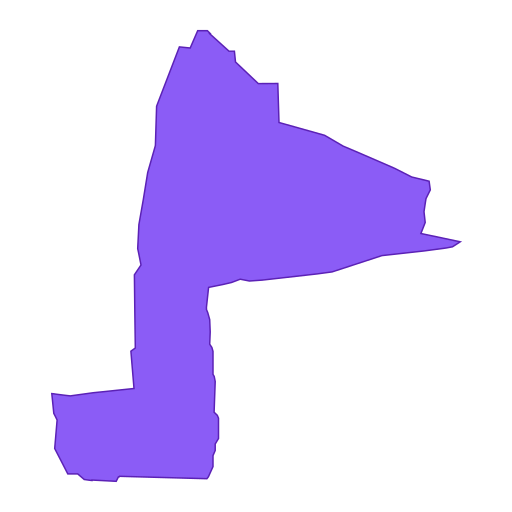 outline of Turkmengala, Mary, Turkmenistan
{"feature_id": "10190150B49648436133803", "entity_name": "Turkmengala", "entity_type": "district", "adm_level": 2, "iso_a3": "TKM", "parent_name": "Turkmenistan", "parent_adm1": "Mary", "projection": "albers", "projection_center": [62.147, 36.684], "detail": "fine", "context": "isolated", "style": "filled", "palette": "violet", "viewbox_px": 512, "rotation_deg": 0, "n_neighbors": 0, "source": "geoboundaries", "source_scale": "gbopen_adm2", "svg_char_len": 1471}
<svg xmlns="http://www.w3.org/2000/svg" viewBox="0 0 512 512"><path d="M208.9,32.2L207.8,31.1L207.4,30.7L199.5,30.7L199.2,30.7L197.7,30.7L193.1,41.3L190.2,48.0L180.4,47.0L179.4,46.9L175.9,56.0L157.1,104.9L156.6,106.3L155.4,145.3L155.1,146.6L147.7,172.5L143.3,199.6L138.9,224.6L137.7,248.6L138.6,252.9L141.0,265.0L134.4,274.8L134.8,310.3L135.3,347.2L135.3,348.0L131.7,350.6L130.9,351.2L134.0,388.5L127.3,389.2L104.4,391.6L93.5,392.7L72.3,395.6L70.4,395.9L65.1,395.3L55.6,394.1L53.8,393.8L51.8,393.6L53.8,413.4L55.5,416.7L57.1,420.0L57.0,421.3L54.7,448.5L62.2,463.0L67.8,473.9L77.7,473.9L83.9,479.2L84.2,479.5L84.4,479.5L88.6,480.1L91.9,480.5L91.9,480.1L93.0,480.1L116.2,481.3L118.4,476.9L119.1,476.9L119.5,476.3L206.9,478.7L208.4,476.8L213.0,466.6L213.0,456.1L213.0,455.6L215.2,450.5L215.2,444.0L218.5,438.5L218.5,418.2L217.3,415.3L214.1,412.2L215.2,381.5L214.2,376.4L213.0,374.4L213.0,370.5L213.0,351.4L211.9,347.5L209.7,344.2L210.2,331.9L209.7,319.6L207.8,312.8L206.4,309.3L206.5,308.1L206.4,307.6L208.0,292.9L208.6,287.4L222.9,284.5L231.5,282.5L240.2,279.2L249.4,281.0L262.2,280.1L317.2,273.9L332.1,271.9L381.9,255.6L424.4,250.9L446.1,248.0L452.5,246.8L460.2,241.8L420.9,233.5L425.2,222.5L424.0,211.7L425.2,203.6L426.0,198.6L430.3,189.9L429.1,181.2L411.7,177.0L394.8,168.4L360.5,153.5L343.1,146.1L324.6,135.3L279.0,122.5L277.8,83.5L258.3,83.6L235.5,62.0L234.4,51.2L229.0,51.2L209.7,33.7L210.2,33.5L208.9,32.2Z" fill="#8b5cf6" stroke="#5b21b6" stroke-width="1.5"/></svg>